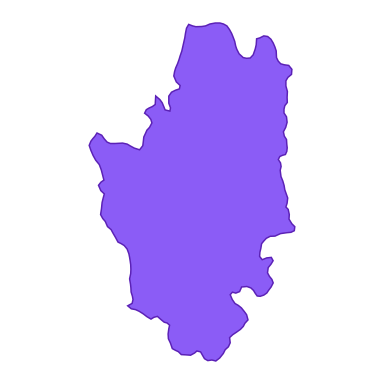 Paraguaçu, Minas Gerais, Brazil
{"feature_id": "56859067B60579202812316", "entity_name": "Paraguaçu", "entity_type": "district", "adm_level": 2, "iso_a3": "BRA", "parent_name": "Brazil", "parent_adm1": "Minas Gerais", "projection": "robinson", "projection_center": [-45.749, -21.568], "detail": "fine", "context": "isolated", "style": "filled", "palette": "violet", "viewbox_px": 384, "rotation_deg": 0, "n_neighbors": 0, "source": "geoboundaries", "source_scale": "gbopen_adm2", "svg_char_len": 3131}
<svg xmlns="http://www.w3.org/2000/svg" viewBox="0 0 384 384"><path d="M100.6,214.6L102.8,218.6L105.3,221.5L107.5,226.6L111.1,229.6L113.1,233.3L115.6,237.6L118.0,242.1L121.1,243.6L124.2,245.5L127.1,249.0L128.9,253.8L129.6,257.4L130.2,261.1L130.7,264.7L130.9,269.4L130.7,273.6L129.6,278.9L130.5,284.1L130.9,287.8L131.1,292.0L132.4,296.2L133.0,299.6L132.1,303.4L127.7,305.8L131.3,308.8L135.5,309.6L139.0,311.2L143.3,313.9L146.8,316.6L151.0,319.1L153.9,317.3L157.4,316.4L161.5,320.0L164.2,322.2L167.1,323.0L169.6,325.2L168.8,328.7L168.1,334.0L168.4,338.8L170.4,343.0L172.3,348.6L175.6,350.4L178.4,351.7L181.3,354.6L185.2,354.8L190.6,355.2L194.6,353.0L196.9,351.0L200.6,351.9L202.8,355.8L204.5,358.7L207.8,360.6L211.9,360.0L215.8,361.0L219.7,358.0L223.3,353.5L225.2,349.7L228.4,346.8L230.2,342.8L229.6,337.6L232.7,334.7L236.3,332.3L240.5,329.3L243.3,326.4L244.9,323.3L248.0,319.9L246.6,314.7L244.2,311.4L241.4,307.9L238.3,305.4L235.0,303.5L232.3,299.6L230.2,294.7L232.4,292.2L235.8,293.1L239.6,291.6L241.6,287.0L246.9,286.5L250.8,287.9L253.5,290.4L255.3,293.4L257.2,296.0L260.2,296.3L263.8,295.1L266.8,293.0L268.6,290.3L271.1,287.0L273.2,282.9L271.9,279.4L269.4,276.3L267.5,272.8L268.2,267.6L271.0,264.2L273.1,260.7L271.3,257.4L266.7,257.9L262.2,259.7L259.6,256.4L259.9,252.2L260.8,248.6L261.6,243.7L263.9,240.9L266.3,238.3L270.2,236.3L275.0,236.1L280.5,233.6L286.8,232.7L291.0,232.3L294.3,230.7L294.8,226.7L291.8,223.7L289.0,219.1L289.3,214.6L288.2,209.4L285.9,207.0L287.1,203.2L287.7,198.0L286.0,193.2L284.8,189.8L284.1,185.5L282.8,181.0L281.0,176.6L280.2,170.3L281.1,166.5L280.5,162.9L278.3,159.5L279.8,156.5L282.5,155.3L285.4,154.5L286.8,151.4L287.2,147.8L286.8,144.3L286.5,139.5L284.3,136.1L283.4,131.8L285.7,127.4L287.1,122.3L286.5,116.8L284.0,113.0L284.0,109.2L284.8,105.7L287.3,102.5L287.1,97.4L287.4,91.5L285.9,86.0L285.9,80.8L287.9,77.4L291.5,74.4L291.9,69.3L288.7,65.4L284.3,64.8L280.7,63.8L278.2,61.1L276.5,57.6L276.2,50.9L274.8,46.7L273.2,43.0L270.9,39.2L267.7,36.5L263.8,35.9L259.8,37.9L256.6,38.8L256.2,44.8L255.2,49.1L253.2,54.8L250.2,58.0L246.6,58.3L243.2,57.6L239.1,53.8L236.8,49.3L235.7,46.1L234.7,41.3L233.0,36.8L231.6,33.4L229.4,29.4L226.9,25.9L223.5,24.0L219.9,23.0L215.3,23.0L209.9,24.0L205.6,25.9L201.8,26.5L195.8,26.7L192.6,25.9L188.7,24.4L186.5,28.2L185.5,33.2L184.8,37.8L183.8,42.2L182.9,46.2L181.8,51.1L180.1,56.0L179.1,59.4L177.6,63.6L175.7,67.9L174.6,71.5L173.8,76.0L176.3,81.9L180.1,85.5L179.4,88.9L175.5,90.2L171.5,92.2L168.8,96.1L168.8,103.2L170.5,107.9L169.9,111.1L165.1,109.9L163.7,106.4L162.2,102.8L159.9,99.6L155.7,96.0L155.2,104.5L152.3,106.6L149.1,108.0L146.3,109.7L144.6,113.2L148.2,116.0L150.8,119.3L151.9,122.9L149.6,127.3L146.9,130.2L145.4,133.6L143.8,137.0L143.3,141.6L142.8,145.7L139.6,149.8L134.3,148.1L130.2,145.9L127.2,144.1L122.6,143.1L114.9,143.5L110.4,143.5L107.1,142.1L104.2,138.8L101.7,135.2L97.0,133.0L94.9,136.3L92.8,138.7L90.9,141.2L89.2,145.4L90.9,150.4L93.1,155.5L95.7,160.2L99.3,164.6L101.3,170.0L102.8,175.8L103.9,180.1L100.9,182.2L98.5,185.3L100.8,190.6L104.3,193.9L103.3,197.6L102.1,202.5L101.5,208.6L100.6,214.6Z" fill="#8b5cf6" stroke="#5b21b6" stroke-width="1.5"/></svg>